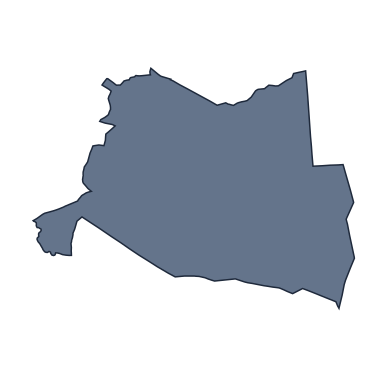 Al-Hatra, Ninawa, Iraq, rotated 266°
{"feature_id": "34846034B76064773860715", "entity_name": "Al-Hatra", "entity_type": "district", "adm_level": 2, "iso_a3": "IRQ", "parent_name": "Iraq", "parent_adm1": "Ninawa", "projection": "equal_earth", "projection_center": [42.575, 35.589], "detail": "fine", "context": "isolated", "style": "filled", "palette": "slate", "viewbox_px": 384, "rotation_deg": 266, "n_neighbors": 0, "source": "geoboundaries", "source_scale": "gbopen_adm2", "svg_char_len": 3560}
<svg xmlns="http://www.w3.org/2000/svg" viewBox="0 0 384 384"><g transform="rotate(266 192 192)"><path d="M65.7,330.5L66.4,330.7L78.7,334.6L85.0,336.3L89.1,337.4L93.3,339.0L105.4,344.8L114.0,349.1L114.6,349.4L116.6,349.2L117.2,349.1L137.7,346.2L149.3,344.8L151.7,344.3L154.1,343.9L154.9,344.3L169.5,352.1L170.0,352.4L170.4,352.5L172.6,352.1L182.9,350.1L201.2,346.2L207.0,345.0L208.8,344.6L208.8,339.9L209.1,331.9L209.1,323.5L209.3,314.5L221.4,314.3L224.6,314.3L226.3,314.3L229.4,314.3L239.0,314.1L242.1,314.1L249.4,314.1L252.5,314.1L255.7,314.1L277.3,314.1L280.4,314.1L304.9,313.8L304.4,310.5L303.9,306.8L303.1,301.6L299.0,299.7L296.6,293.9L294.0,289.3L291.9,285.6L291.9,282.8L292.6,279.8L293.2,276.1L292.2,274.7L290.6,272.3L290.0,271.7L289.8,265.1L289.2,263.7L288.4,262.4L282.5,257.7L280.2,254.5L279.4,253.5L278.9,251.2L278.5,247.7L277.9,244.7L277.5,243.3L275.5,239.4L276.3,236.9L276.9,235.4L277.1,234.3L278.6,231.9L276.8,223.1L281.5,216.1L287.1,207.3L295.1,194.8L299.7,187.4L304.2,180.8L305.5,178.3L306.0,178.7L309.5,169.4L310.1,168.4L312.0,166.2L314.1,164.0L316.7,161.3L318.3,159.6L316.2,158.8L315.5,158.6L315.0,158.4L314.9,158.4L313.3,158.4L312.4,158.6L311.8,158.7L311.8,158.4L311.6,152.8L311.5,149.4L311.5,147.7L311.7,145.9L312.1,144.2L311.7,143.5L311.0,142.9L310.8,142.0L310.6,140.2L310.4,138.8L309.9,138.1L308.3,137.2L308.1,134.6L307.5,131.9L306.0,130.5L303.7,128.0L303.8,125.9L303.8,124.1L305.0,122.7L306.6,121.0L310.9,115.9L311.0,114.9L308.6,112.7L307.0,111.3L305.0,109.7L303.8,111.3L302.2,113.6L300.1,116.5L299.2,117.4L298.3,118.4L296.1,117.4L295.4,117.1L293.3,115.8L292.1,115.4L291.2,115.0L289.4,115.3L289.0,115.4L284.3,116.5L283.8,116.5L282.3,116.6L282.2,116.6L280.7,116.5L280.1,116.5L278.6,115.6L277.4,115.0L275.2,114.1L274.4,113.3L272.4,110.1L271.1,107.2L270.6,106.1L268.9,104.9L268.0,107.1L266.8,110.1L266.2,112.3L265.0,116.8L264.7,117.6L263.3,119.9L261.5,117.7L257.8,112.9L255.8,110.1L253.4,109.7L249.6,109.2L244.4,107.4L245.4,102.4L245.0,97.5L244.8,96.3L242.0,95.1L237.9,93.0L235.0,92.0L229.3,90.0L226.6,88.0L224.5,86.3L222.9,85.9L221.3,85.4L219.5,84.8L217.2,84.6L215.6,84.6L214.9,84.3L213.2,84.0L212.7,83.8L212.2,83.7L209.7,83.8L208.3,84.3L205.7,86.3L202.8,88.4L202.3,88.9L199.7,91.6L199.3,89.5L199.2,88.9L198.5,86.3L197.4,84.3L196.7,82.8L196.0,81.6L194.7,80.5L193.2,79.0L192.3,78.1L191.0,77.3L186.7,64.5L185.9,62.7L184.4,58.1L183.7,55.7L183.0,53.0L182.2,49.2L181.1,43.6L180.1,41.4L176.5,35.6L175.0,32.6L174.5,31.5L173.8,32.1L173.3,33.4L172.2,34.5L170.8,34.5L169.2,34.3L168.0,34.7L167.3,35.1L167.2,36.4L166.3,37.6L165.5,38.8L164.3,38.9L162.9,38.0L162.2,36.7L160.9,36.0L159.7,36.0L158.2,36.0L157.0,34.5L155.8,34.1L154.3,34.5L152.6,35.3L151.3,36.4L150.1,37.0L148.0,38.0L146.5,38.8L144.8,39.4L142.7,40.8L142.0,42.1L141.8,43.7L142.7,45.2L141.9,46.6L140.6,46.8L138.8,47.9L138.3,49.5L138.6,50.7L139.5,51.3L140.8,51.7L140.6,53.3L139.9,55.7L138.6,58.4L137.8,61.8L137.3,65.0L137.2,67.3L139.7,67.4L141.6,67.4L145.1,67.8L149.1,67.7L150.6,68.3L152.4,68.6L154.6,69.5L157.7,70.3L159.2,70.4L163.2,72.4L167.3,73.9L170.9,75.2L174.8,80.5L173.2,82.6L162.8,96.3L153.1,108.6L146.3,117.5L140.0,125.3L132.7,134.7L126.7,143.0L119.8,152.3L112.6,162.8L108.5,169.3L108.7,178.8L108.0,188.5L107.7,190.0L107.3,193.2L105.5,199.2L104.2,201.8L102.7,205.4L101.6,208.3L102.3,229.2L100.6,233.3L98.6,238.2L97.6,241.3L96.6,245.7L93.5,257.2L92.8,260.5L91.6,265.5L90.4,271.6L90.0,272.8L88.2,276.4L86.2,280.0L83.6,285.3L88.0,295.6L85.6,300.9L82.2,308.0L79.2,314.1L75.5,321.7L72.5,327.9L68.0,329.4L67.0,329.9L65.7,330.5Z" fill="#64748b" stroke="#1e293b" stroke-width="1.5"/></g></svg>